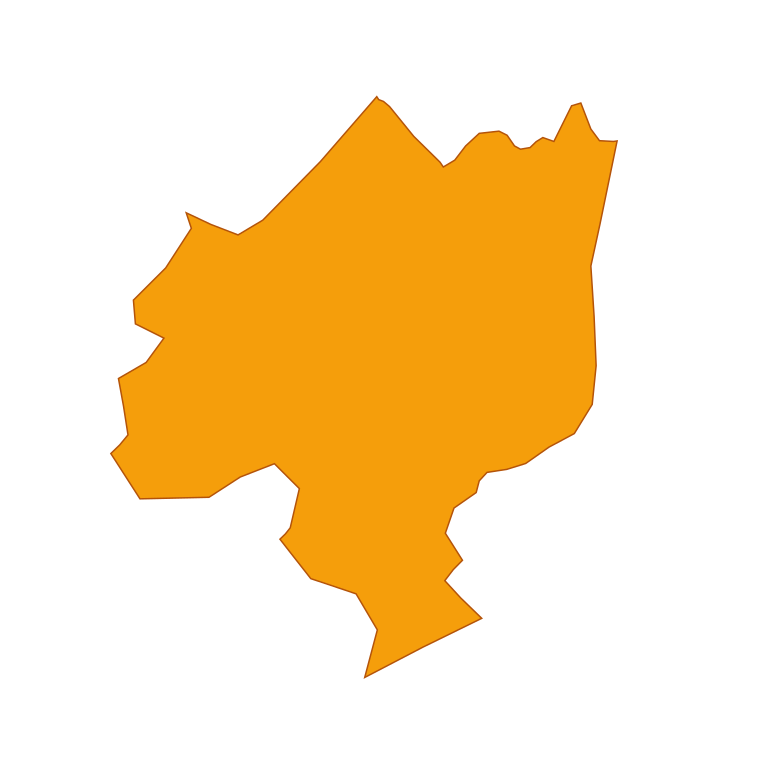 Ağcabədi, Natural Earth projection, rotated 347°
{"feature_id": "AZE-1722", "entity_name": "Ağcabədi", "entity_type": "District", "adm_level": 1, "iso_a3": "AZE", "parent_name": "Azerbaijan", "parent_adm1": "", "projection": "natural_earth1", "projection_center": [47.421, 39.981], "detail": "fine", "context": "isolated", "style": "filled", "palette": "amber", "viewbox_px": 768, "rotation_deg": 347, "n_neighbors": 0, "source": "natural_earth", "source_scale": "10m", "svg_char_len": 1119}
<svg xmlns="http://www.w3.org/2000/svg" viewBox="0 0 768 768"><g transform="rotate(347 384 384)"><path d="M149.3,311.9L151.9,311.1L157.1,309.5L179.9,289.8L155.3,269.5L158.7,245.9L197.4,221.8L231.3,189.0L229.8,172.7L251.1,189.5L275.3,205.9L302.7,197.1L372.0,153.0L441.6,102.4L442.8,105.7L447.1,108.6L451.8,114.9L468.7,149.4L488.5,180.5L490.6,185.9L503.3,181.8L517.1,170.4L533.2,161.2L552.9,163.5L559.9,169.3L564.7,181.4L569.8,185.9L579.5,186.5L586.8,182.1L594.2,179.6L604.1,185.9L629.4,155.1L639.0,154.5L642.9,182.1L648.7,195.4L662.2,199.3L665.8,199.6L630.6,276.4L612.1,315.6L603.9,365.5L594.8,413.9L582.3,450.7L558.3,475.1L530.6,482.6L504.2,493.3L484.4,494.8L464.5,493.3L455.0,499.8L449.4,510.5L424.3,520.6L410.2,543.2L416.1,560.0L420.8,573.4L409.8,580.4L399.0,589.3L410.6,609.7L426.5,634.3L362.5,649.2L299.2,665.6L322.2,622.1L309.6,582.2L299.1,575.7L268.9,557.2L254.9,527.3L247.7,511.8L254.2,507.9L260.3,503.0L278.0,466.9L259.3,437.0L223.0,442.3L188.0,455.0L187.5,454.9L120.4,441.0L102.2,390.3L112.8,383.9L123.1,376.0L125.2,347.2L126.5,318.9L149.3,311.9Z" fill="#f59e0b" stroke="#b45309" stroke-width="1.5"/></g></svg>